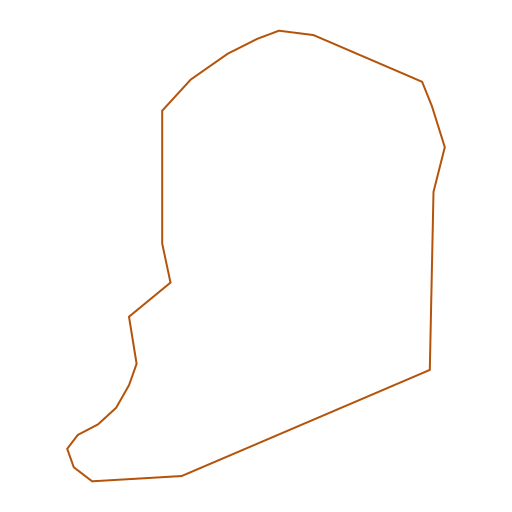 outline of Štore
{"feature_id": "SVN-997", "entity_name": "Štore", "entity_type": "Municipality", "adm_level": 1, "iso_a3": "SVN", "parent_name": "Slovenia", "parent_adm1": "", "projection": "albers", "projection_center": [15.32, 46.198], "detail": "fine", "context": "isolated", "style": "outline", "palette": "amber", "viewbox_px": 512, "rotation_deg": 0, "n_neighbors": 0, "source": "natural_earth", "source_scale": "10m", "svg_char_len": 403}
<svg xmlns="http://www.w3.org/2000/svg" viewBox="0 0 512 512"><path d="M278.9,30.7L313.5,35.1L422.1,81.8L431.9,106.1L444.8,147.2L433.5,191.9L429.8,369.9L181.7,476.0L92.1,481.3L73.8,467.3L67.2,448.8L77.8,434.9L98.1,424.3L116.2,407.7L129.0,385.2L136.6,363.8L129.0,316.7L170.5,282.6L162.2,243.6L162.2,110.7L190.8,79.5L227.7,53.7L257.1,38.9L278.9,30.7Z" fill="none" stroke="#b45309" stroke-width="2"/></svg>